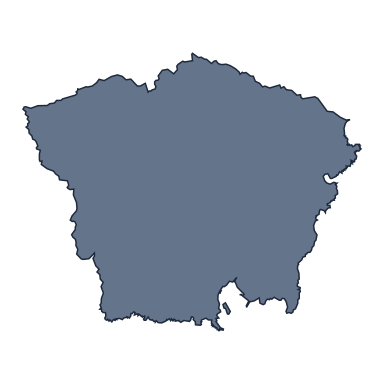 outline of Nossa Senhora Da Graca, Praia, Cabo Verde
{"feature_id": "66160863B19025383966327", "entity_name": "Nossa Senhora Da Graca", "entity_type": "district", "adm_level": 2, "iso_a3": "CPV", "parent_name": "Cabo Verde", "parent_adm1": "Praia", "projection": "robinson", "projection_center": [-23.509, 14.948], "detail": "fine", "context": "isolated", "style": "filled", "palette": "slate", "viewbox_px": 384, "rotation_deg": 0, "n_neighbors": 0, "source": "geoboundaries", "source_scale": "gbopen_adm2", "svg_char_len": 5939}
<svg xmlns="http://www.w3.org/2000/svg" viewBox="0 0 384 384"><path d="M240.0,74.3L239.2,72.1L235.6,68.9L230.3,65.7L226.2,64.2L221.6,64.6L218.3,63.7L216.0,60.7L214.0,61.2L211.5,63.5L206.5,59.3L204.6,59.2L201.2,57.2L198.5,57.6L192.5,53.3L191.8,54.2L192.5,60.7L184.5,62.0L182.8,61.2L178.0,64.4L176.8,66.2L177.4,69.7L173.7,73.8L167.7,69.3L162.3,70.3L158.2,75.9L159.1,78.8L158.0,80.2L156.0,80.4L154.7,81.7L154.6,83.9L155.9,86.6L155.1,89.0L152.0,89.9L151.5,90.8L149.0,91.1L148.1,92.1L145.3,83.3L140.1,86.1L137.3,86.0L130.8,79.1L126.0,79.8L122.3,76.4L117.5,74.9L111.5,76.5L104.2,80.6L99.1,79.3L96.6,82.7L92.4,86.0L87.5,87.1L86.2,86.7L79.1,89.4L77.8,88.9L77.6,90.5L76.1,92.0L77.1,93.1L76.9,94.0L75.2,95.2L62.6,98.9L61.0,100.4L56.6,100.4L54.3,103.1L49.7,103.7L47.3,105.5L37.9,105.7L30.8,108.3L25.6,106.7L24.1,107.1L23.0,109.3L25.9,111.7L25.4,114.4L28.4,116.8L27.2,119.0L29.1,121.4L29.2,122.4L27.7,123.7L27.8,125.8L26.1,127.1L28.9,129.6L29.1,133.1L31.9,136.0L32.7,139.1L34.9,140.1L36.2,141.8L37.9,146.1L36.4,147.6L36.6,148.9L40.3,150.3L39.4,153.9L39.4,159.9L40.0,161.4L41.9,161.1L41.3,164.5L47.3,168.8L53.5,171.1L55.6,173.9L58.8,176.2L59.5,179.8L67.4,180.8L68.5,184.2L68.5,185.9L67.2,187.5L67.7,188.2L70.1,189.6L73.8,189.1L73.4,194.9L76.5,202.5L77.0,208.4L76.4,210.9L72.0,216.0L70.3,220.1L72.2,221.5L73.8,221.2L75.1,222.0L76.3,224.9L75.3,227.1L75.3,229.5L71.6,234.7L72.9,237.2L75.4,239.3L76.1,242.4L75.9,245.6L77.8,249.3L76.7,254.1L81.2,258.9L83.1,259.4L89.0,258.7L94.4,253.1L94.5,255.9L93.0,258.5L95.9,266.0L99.0,269.2L97.0,272.0L99.8,274.6L100.3,279.1L103.2,282.3L101.1,286.6L103.4,293.1L101.4,298.5L101.1,303.5L100.0,304.9L101.2,307.7L99.9,309.2L101.5,309.2L101.7,311.3L103.1,312.5L105.5,312.7L105.9,316.2L104.8,317.9L105.3,319.4L106.8,320.2L107.6,319.2L109.0,321.1L109.9,319.9L111.8,321.9L113.3,319.7L115.1,320.3L115.0,319.3L116.6,319.5L116.2,318.9L119.5,318.4L122.3,319.6L123.8,318.0L126.7,317.3L126.9,316.1L127.5,317.9L128.4,317.3L129.4,318.0L130.7,316.1L130.9,313.6L132.2,313.6L133.9,311.8L135.1,312.7L134.4,315.0L136.9,314.0L137.6,314.7L138.0,313.9L138.9,314.3L138.5,315.3L139.6,314.5L141.3,316.4L142.2,316.1L142.5,317.1L144.7,316.1L144.8,317.7L143.5,319.0L144.2,320.3L145.9,320.2L148.2,317.0L149.6,319.5L151.5,320.1L152.2,319.6L153.7,321.3L155.2,321.3L155.3,322.2L156.5,320.8L158.1,322.6L161.8,322.9L166.0,321.0L166.8,319.5L167.4,320.1L169.6,318.7L170.5,320.6L171.6,319.0L172.5,320.7L173.6,320.7L173.0,319.6L174.2,319.2L175.7,320.4L175.6,321.1L178.6,320.5L178.7,321.4L178.9,320.9L180.8,322.3L183.9,320.5L189.4,321.4L190.6,320.1L191.4,317.0L192.5,316.9L193.6,317.9L193.2,319.6L195.3,321.6L195.5,324.8L200.4,325.2L201.4,324.5L200.8,322.8L201.7,321.8L201.0,321.5L201.6,319.9L206.0,318.2L208.3,319.9L211.6,320.0L211.5,323.4L212.6,324.5L211.8,324.5L211.7,325.0L212.6,324.7L212.8,325.4L212.0,325.4L212.9,325.8L213.3,325.3L212.9,326.2L213.7,325.9L214.0,326.9L215.0,326.7L215.4,328.0L216.7,327.7L217.2,329.6L217.8,329.3L219.0,330.7L219.8,330.3L219.0,330.3L219.6,329.1L220.1,330.0L221.6,329.2L221.8,329.9L223.2,330.1L223.4,329.0L220.5,327.8L216.0,321.6L216.9,320.8L216.0,318.5L218.8,318.0L216.7,315.5L217.2,314.1L220.7,311.8L220.1,309.9L218.6,308.5L219.5,304.1L217.8,299.5L218.1,294.7L219.2,292.6L220.7,293.4L219.3,292.1L220.2,290.6L220.7,291.5L221.2,290.8L220.3,290.4L222.7,286.5L224.1,286.7L226.5,285.2L229.4,281.3L232.7,282.0L236.9,277.3L234.0,282.1L235.0,281.5L237.4,287.4L244.1,294.2L243.1,295.7L241.5,294.4L239.6,294.7L241.3,294.9L248.8,300.9L246.3,305.8L246.9,306.2L246.4,307.5L249.7,301.9L254.4,300.8L259.2,297.9L260.0,303.2L263.1,304.6L264.8,303.8L265.8,300.9L267.5,299.1L269.5,299.7L270.3,298.5L271.8,299.2L274.1,297.3L279.4,300.3L281.0,300.2L282.1,298.4L284.4,298.7L286.3,302.1L287.6,307.2L286.0,311.4L286.8,313.2L288.9,312.5L291.3,313.3L293.0,311.9L293.2,310.1L295.5,308.8L297.8,303.3L297.8,299.8L299.2,298.6L299.3,292.8L300.3,291.6L299.9,289.8L298.3,289.5L300.1,288.4L300.2,287.6L297.3,286.3L297.4,283.9L298.4,282.9L297.8,280.4L299.2,279.0L298.9,273.1L297.4,268.6L297.8,265.2L298.6,264.5L298.2,263.0L301.7,259.9L302.9,257.1L305.3,256.4L305.4,254.4L306.7,254.0L307.5,252.6L310.1,252.2L311.4,250.4L312.1,247.4L313.8,245.7L314.6,241.5L315.9,240.3L317.0,234.9L314.3,230.6L313.6,225.6L315.3,221.1L317.4,220.0L315.8,218.9L315.6,217.7L316.5,216.6L316.0,216.0L319.0,214.3L319.6,210.3L320.5,209.5L324.0,210.5L325.4,212.6L325.6,210.8L326.9,209.3L328.4,207.9L330.3,207.7L329.9,205.3L327.3,205.2L327.4,203.7L330.4,202.6L330.7,201.1L331.8,201.2L332.3,200.2L334.3,200.2L334.0,199.2L335.4,198.0L335.1,195.7L337.6,193.9L337.4,190.7L336.4,188.8L336.8,186.2L335.6,184.8L336.9,183.3L335.4,183.6L335.5,182.8L333.7,182.3L330.1,184.2L326.7,182.9L324.7,180.7L323.2,176.3L325.0,174.3L327.8,173.7L330.4,178.4L331.6,178.5L336.1,176.4L336.7,175.0L337.6,175.3L339.6,171.8L342.0,173.2L341.9,170.8L343.4,171.2L343.5,169.8L344.3,170.0L344.0,169.5L345.5,168.4L345.9,169.1L346.7,168.0L346.3,166.2L347.5,166.9L348.1,165.8L350.1,166.3L351.1,162.8L352.0,163.4L351.3,161.8L352.5,162.1L351.4,160.5L354.5,161.7L354.9,159.3L356.1,159.0L356.7,156.1L354.9,153.7L355.5,153.0L354.6,152.5L355.1,151.5L356.5,151.3L356.5,150.6L358.8,151.1L361.0,148.9L359.8,148.1L360.3,147.1L359.3,146.1L359.6,145.3L358.9,145.3L358.9,144.6L359.7,144.8L359.3,144.3L355.3,144.4L355.1,145.4L352.8,146.7L351.7,144.9L350.1,145.5L349.4,144.3L347.8,145.4L347.1,144.7L348.0,143.2L347.3,141.6L347.8,139.4L346.9,138.0L346.1,138.2L345.6,136.0L344.8,136.5L344.0,135.5L344.6,134.3L344.0,128.3L345.4,123.5L346.7,121.5L350.0,119.6L346.0,120.0L340.2,117.2L333.0,111.9L327.2,111.3L317.8,98.4L314.8,96.8L302.8,98.8L301.1,97.4L300.5,94.7L296.9,95.2L291.7,90.4L286.4,89.7L283.9,86.7L281.0,88.1L279.7,85.0L269.6,88.0L265.1,86.1L262.5,86.9L259.6,83.3L255.3,81.3L253.3,76.2L250.6,76.1L246.0,72.5L243.6,73.1L242.4,72.3L240.0,74.3ZM225.4,302.8L223.0,304.5L223.5,306.6L224.3,306.5L223.7,306.9L224.1,308.2L225.6,308.5L227.4,313.9L228.7,314.2L230.3,311.5L225.4,302.8Z" fill="#64748b" stroke="#1e293b" stroke-width="1.5"/></svg>